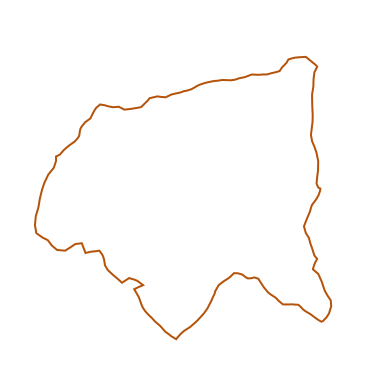 Kitutu Chache North, Nyanza, Kenya (Robinson projection), rotated 7°
{"feature_id": "3690345B89017750364899", "entity_name": "Kitutu Chache North", "entity_type": "district", "adm_level": 2, "iso_a3": "KEN", "parent_name": "Kenya", "parent_adm1": "Nyanza", "projection": "robinson", "projection_center": [34.826, -0.564], "detail": "fine", "context": "isolated", "style": "outline", "palette": "amber", "viewbox_px": 384, "rotation_deg": 7, "n_neighbors": 0, "source": "geoboundaries", "source_scale": "gbopen_adm2", "svg_char_len": 2798}
<svg xmlns="http://www.w3.org/2000/svg" viewBox="0 0 384 384"><g transform="rotate(7 192 192)"><path d="M137.1,106.4L131.3,113.8L129.2,114.6L124.2,116.1L122.5,116.6L119.8,117.3L114.8,118.5L109.0,116.3L103.1,117.5L98.0,117.1L95.4,116.6L90.2,116.3L86.6,120.2L85.0,123.5L84.0,126.2L82.2,131.3L77.4,135.8L74.3,140.9L73.6,142.7L73.3,145.0L73.2,150.0L72.2,152.2L69.4,156.2L64.8,160.4L62.0,163.3L59.5,166.2L56.2,171.1L52.7,173.3L53.3,177.6L51.9,184.8L47.3,192.1L44.3,201.1L42.9,208.0L41.8,217.0L41.4,226.2L39.9,235.0L40.2,244.2L42.5,251.8L48.9,255.3L54.8,257.4L59.5,262.3L65.2,266.0L73.2,265.7L78.4,261.5L82.4,257.9L88.9,256.3L93.7,265.5L98.9,263.6L103.3,262.6L107.2,261.5L110.2,264.7L111.6,266.7L113.0,269.9L114.6,275.4L117.9,279.7L123.4,283.7L129.3,287.6L133.6,290.6L140.1,285.1L145.5,286.0L147.8,286.6L149.6,287.4L154.8,290.4L150.1,293.2L146.5,295.5L152.2,303.1L155.8,310.4L157.4,312.9L159.8,315.7L162.7,318.3L165.8,320.7L167.2,321.7L171.2,325.1L176.6,328.7L182.5,333.9L186.2,335.9L188.7,337.5L194.2,340.0L195.3,338.2L197.8,334.6L199.6,332.4L201.4,330.5L206.4,326.4L209.7,322.8L212.8,319.2L216.3,314.3L218.5,311.2L221.4,305.9L223.8,299.5L224.7,296.9L225.4,294.4L226.9,290.0L227.0,288.0L229.9,281.1L234.3,276.8L237.8,273.9L239.3,272.6L240.7,271.0L243.6,267.4L247.5,267.1L252.0,267.8L255.5,269.9L258.0,271.0L261.9,270.2L264.3,269.2L268.4,270.0L270.1,272.1L271.4,273.7L274.8,277.7L276.8,279.6L279.5,282.2L281.8,283.7L283.8,284.7L287.7,286.6L289.3,287.8L290.9,289.2L296.0,292.5L297.6,292.3L301.4,291.9L304.1,291.4L311.3,291.0L313.7,292.6L316.5,295.0L319.1,296.5L324.4,298.8L330.0,302.0L333.2,303.7L336.3,305.0L337.8,304.0L340.8,300.0L342.8,295.8L344.1,288.4L342.9,282.6L339.4,278.6L336.3,274.5L335.4,273.0L331.7,265.2L327.3,257.9L321.4,254.0L322.2,249.4L323.0,246.6L324.4,243.2L321.2,240.1L318.1,233.3L315.6,228.3L313.7,223.4L309.9,218.7L307.3,212.4L309.4,204.2L311.5,196.9L312.3,191.5L312.9,189.8L315.0,186.2L316.5,183.4L318.0,179.7L318.9,175.5L319.0,173.0L316.8,172.1L314.6,168.5L314.5,165.9L314.4,159.7L314.5,156.2L314.3,153.6L313.5,146.0L310.8,137.9L307.9,132.0L305.0,127.0L303.1,120.9L303.1,114.5L303.1,107.6L302.4,100.8L302.0,98.4L301.0,92.7L300.6,89.9L300.0,85.9L299.3,80.7L299.6,72.7L298.9,65.1L298.9,58.4L301.0,52.3L299.3,50.8L295.6,48.5L288.5,44.0L282.0,45.2L278.2,46.0L275.7,46.9L271.6,48.6L269.9,52.5L266.3,57.2L264.2,61.3L261.0,62.7L256.3,64.4L253.6,65.6L251.8,66.2L246.9,66.9L244.8,67.4L242.5,67.7L237.0,68.1L232.5,70.5L230.1,71.7L225.1,73.3L221.2,75.2L217.5,76.3L213.4,76.7L209.4,77.0L207.8,77.3L203.2,78.6L201.5,78.9L198.6,79.7L194.2,81.2L191.6,82.2L187.1,84.3L184.4,85.9L180.8,88.7L178.6,90.2L174.9,91.9L173.3,92.4L171.7,92.9L168.7,94.5L165.7,95.6L160.0,97.6L157.6,99.1L154.3,101.2L149.0,101.4L146.0,101.3L138.4,104.1L137.1,106.4Z" fill="none" stroke="#b45309" stroke-width="2"/></g></svg>